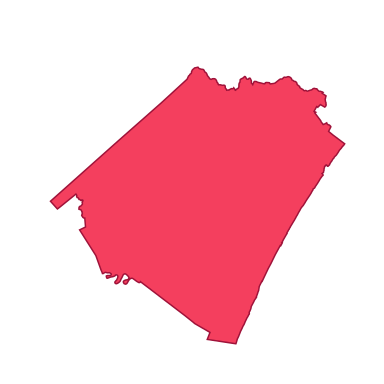 Horowhenua District, Manawatu-Wanganui, New Zealand (orthographic projection), rotated 196°
{"feature_id": "76426892B7250308358266", "entity_name": "Horowhenua District", "entity_type": "district", "adm_level": 2, "iso_a3": "NZL", "parent_name": "New Zealand", "parent_adm1": "Manawatu-Wanganui", "projection": "orthographic", "projection_center": [175.297, -40.577], "detail": "fine", "context": "isolated", "style": "filled", "palette": "rose", "viewbox_px": 384, "rotation_deg": 196, "n_neighbors": 0, "source": "geoboundaries", "source_scale": "gbopen_adm2", "svg_char_len": 5838}
<svg xmlns="http://www.w3.org/2000/svg" viewBox="0 0 384 384"><g transform="rotate(196 192 192)"><path d="M227.8,299.1L246.1,269.2L276.2,222.1L325.5,144.1L316.7,138.6L314.7,141.3L303.0,158.0L302.6,157.8L301.8,156.9L301.7,156.0L301.2,155.3L300.8,155.0L300.2,155.1L299.2,154.6L298.6,153.7L298.1,153.8L297.4,153.7L296.4,153.2L296.1,153.2L295.7,154.0L295.1,154.1L294.7,154.0L294.5,153.6L294.6,153.1L294.5,152.8L294.7,151.5L294.4,151.2L294.0,150.1L294.0,149.8L294.5,149.0L294.7,148.4L295.4,147.4L296.0,147.2L296.3,146.4L296.2,146.3L296.3,145.3L295.8,144.5L295.8,144.2L294.2,144.3L293.5,144.0L292.4,142.7L292.0,142.5L291.9,141.5L291.3,140.7L291.6,139.9L291.6,139.1L290.8,138.3L290.5,138.3L290.0,137.6L289.0,137.2L288.3,137.2L287.9,137.4L284.7,129.0L289.6,124.6L266.9,104.4L257.9,91.9L256.4,90.1L255.6,88.9L254.9,89.1L253.6,90.6L253.1,90.9L251.0,91.0L249.8,91.4L249.2,91.7L247.9,91.4L247.4,91.2L247.0,90.9L246.9,90.6L246.9,90.0L247.5,89.3L250.4,88.3L251.2,87.7L251.1,87.2L250.3,85.9L249.8,85.7L249.2,86.0L247.1,87.6L245.4,88.5L244.8,88.7L243.1,90.0L242.7,90.6L242.7,91.0L242.1,91.4L241.5,91.6L240.5,91.2L240.0,90.6L239.8,89.0L240.2,86.5L240.7,85.7L241.3,84.3L241.3,84.0L240.9,83.3L240.5,83.0L239.7,82.9L239.2,83.1L238.4,83.7L237.7,84.5L236.9,85.6L236.6,86.2L236.4,86.8L236.3,88.3L235.7,90.8L235.4,93.0L235.2,93.7L234.7,94.3L234.3,94.7L233.4,94.9L232.9,94.8L231.5,94.2L230.1,93.4L229.0,92.4L228.9,92.0L229.0,91.0L229.5,90.2L230.4,89.6L231.4,89.2L232.6,88.3L233.1,87.6L233.3,87.0L233.2,86.5L232.7,85.8L232.0,85.2L231.3,85.1L230.5,85.1L230.2,85.2L229.5,85.9L229.1,86.9L228.8,88.4L228.2,90.4L227.2,91.9L226.4,92.4L225.4,92.6L224.6,92.4L220.6,90.9L218.3,90.3L217.7,90.4L217.2,90.6L216.9,91.1L216.9,91.6L164.7,71.2L153.9,66.7L153.6,66.4L136.0,62.0L136.7,54.5L108.0,58.2L107.9,59.1L107.9,63.2L107.4,66.1L106.9,71.5L106.3,74.7L106.0,77.1L105.7,77.9L105.6,78.8L105.4,79.3L105.1,82.2L104.7,84.4L104.5,85.9L104.0,87.6L103.6,89.8L103.4,90.0L103.4,91.1L103.9,92.2L103.5,93.6L103.3,95.5L103.3,96.8L103.5,98.2L102.4,103.4L102.1,105.4L101.4,107.3L101.1,108.4L101.3,108.4L101.0,112.3L101.0,113.9L100.8,115.6L101.3,119.6L101.1,121.0L100.2,125.6L99.9,125.5L99.2,129.9L97.6,139.6L96.4,145.0L94.7,154.7L92.4,165.0L91.9,164.8L91.6,166.0L91.2,168.0L91.7,168.1L91.6,168.3L91.0,171.4L89.6,177.0L89.4,177.6L89.2,178.5L89.5,178.7L89.4,179.4L89.0,180.6L88.7,182.3L88.4,182.8L88.2,184.4L87.9,185.0L87.9,185.5L87.6,186.7L87.0,188.8L86.6,190.4L85.7,193.6L85.5,194.7L85.3,195.3L84.9,197.4L84.4,199.1L84.0,201.3L83.2,204.4L82.8,206.5L82.5,207.0L82.3,207.7L82.2,207.9L82.2,208.1L81.4,209.6L80.9,211.4L80.3,213.3L80.2,214.1L79.8,215.2L79.6,216.1L77.8,221.6L77.0,224.5L77.0,225.1L76.3,227.4L76.4,227.8L76.3,228.2L76.3,228.6L75.5,229.3L75.1,230.1L75.0,231.3L74.5,232.4L74.4,233.0L73.7,234.9L73.6,235.6L73.3,236.5L73.2,236.9L72.8,238.2L72.7,239.0L71.4,242.8L70.7,244.1L70.6,244.4L70.8,244.7L72.1,245.6L71.1,246.9L71.0,247.4L71.2,248.5L71.1,249.3L71.5,250.7L71.4,251.5L71.6,253.2L71.5,253.4L71.0,253.7L70.8,254.6L70.5,255.0L70.2,255.0L69.6,254.8L69.1,254.2L68.8,254.1L68.3,254.3L67.3,256.0L67.2,256.4L67.3,256.7L67.3,257.1L67.0,257.9L66.7,259.1L66.3,259.9L65.7,262.4L65.0,263.6L64.8,264.9L63.4,267.3L62.3,270.8L61.8,272.8L60.6,275.2L60.2,276.3L60.1,276.8L59.1,278.6L58.5,280.4L72.6,285.8L77.4,287.9L76.5,292.8L76.6,293.2L76.7,293.3L77.2,293.4L77.6,293.9L78.2,294.1L78.8,294.3L79.5,294.1L80.8,294.7L81.0,294.7L81.6,295.6L83.1,294.1L83.8,293.5L84.0,293.5L84.2,293.2L84.5,293.0L87.4,295.2L87.9,296.0L95.8,301.9L95.0,302.8L96.9,303.2L95.7,308.5L94.4,308.1L94.1,309.1L93.5,309.7L92.7,311.4L87.8,310.2L87.2,311.1L87.0,312.7L87.5,313.3L87.5,313.7L87.8,314.7L88.6,315.7L89.6,318.0L89.5,319.2L89.8,320.7L89.6,320.9L89.6,321.3L94.1,322.8L94.0,323.4L93.5,323.9L94.0,324.1L96.5,324.2L97.3,323.9L97.7,323.9L98.6,324.3L99.8,325.0L100.2,325.5L100.6,325.6L101.2,325.4L101.8,325.4L102.4,325.3L102.8,325.4L103.7,325.0L104.1,324.7L104.8,323.6L105.1,323.2L106.8,322.2L108.7,320.8L109.1,320.7L110.6,321.0L111.9,320.3L112.7,320.4L113.6,321.1L115.2,321.4L117.2,322.1L117.6,323.1L120.4,324.2L121.3,325.6L121.7,326.1L122.3,326.4L123.0,326.7L124.6,326.6L125.9,327.2L126.6,327.2L127.0,327.4L127.7,328.5L128.3,328.9L129.6,329.4L130.8,329.5L131.6,329.3L133.3,328.1L134.7,327.9L135.1,327.7L135.5,327.3L136.3,325.7L136.8,325.4L138.1,325.0L138.8,324.4L139.1,324.1L139.3,323.6L139.8,323.0L141.7,320.3L142.2,319.6L143.1,319.0L146.5,317.5L147.0,317.6L147.5,318.3L147.8,318.4L150.6,317.8L151.6,317.3L151.7,316.4L151.9,316.1L152.8,315.9L153.6,315.8L155.4,315.8L158.3,315.6L159.3,315.6L160.6,315.9L162.3,315.6L162.6,315.3L162.9,314.5L162.9,313.8L163.1,313.0L163.2,311.9L164.2,312.7L165.0,313.1L165.2,314.1L165.6,315.2L166.6,316.5L167.4,317.3L167.8,317.4L168.2,317.2L168.6,316.9L169.0,316.0L169.7,315.7L170.2,315.6L170.5,315.7L171.4,316.5L172.3,317.4L172.8,317.6L173.3,317.5L174.4,315.6L174.6,315.5L174.8,315.3L176.1,314.1L176.6,313.4L176.6,312.9L176.4,312.1L176.2,310.6L176.3,310.2L176.6,309.8L176.6,309.0L176.4,307.7L176.0,306.5L176.0,305.2L176.2,304.5L178.0,302.6L178.1,301.8L178.6,301.8L178.9,302.3L180.6,303.7L180.8,303.0L180.9,302.8L181.7,302.4L182.8,302.2L183.3,301.5L184.5,300.6L184.6,300.1L185.9,299.8L186.7,299.4L187.3,300.2L188.5,301.1L188.8,301.5L189.3,303.0L190.0,303.5L190.8,303.5L192.2,302.9L194.0,302.9L196.1,302.4L196.4,302.6L196.7,303.2L197.2,303.8L198.3,304.5L198.9,305.5L199.3,306.0L200.4,306.9L201.4,307.1L202.1,307.0L203.6,306.5L204.5,305.6L204.8,305.5L206.3,305.8L207.4,306.9L208.1,307.3L209.1,308.0L210.6,309.9L210.9,310.2L211.8,310.7L212.7,310.9L213.9,312.2L214.6,312.8L215.3,312.9L216.7,312.6L219.0,312.6L219.9,313.0L220.5,313.6L220.9,313.5L223.8,311.9L224.4,310.8L224.8,310.3L225.3,309.4L225.6,307.6L225.6,307.3L225.4,306.7L225.4,306.3L225.5,305.7L225.7,305.4L226.3,304.8L226.5,304.1L226.7,303.3L227.1,302.9L227.3,302.5L227.8,299.1Z" fill="#f43f5e" stroke="#9f1239" stroke-width="1.5"/></g></svg>